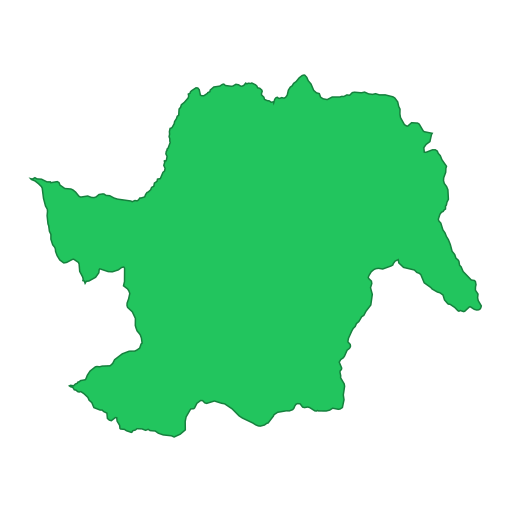 outline of Santa Cruz, Cajamarca, Peru
{"feature_id": "86281439B67227592108094", "entity_name": "Santa Cruz", "entity_type": "district", "adm_level": 2, "iso_a3": "PER", "parent_name": "Peru", "parent_adm1": "Cajamarca", "projection": "natural_earth1", "projection_center": [-79.012, -6.689], "detail": "fine", "context": "isolated", "style": "filled", "palette": "green", "viewbox_px": 512, "rotation_deg": 0, "n_neighbors": 0, "source": "geoboundaries", "source_scale": "gbopen_adm2", "svg_char_len": 5954}
<svg xmlns="http://www.w3.org/2000/svg" viewBox="0 0 512 512"><path d="M69.4,385.9L70.5,386.7L72.8,387.4L74.3,389.8L75.9,390.1L77.8,391.7L79.3,392.0L80.9,391.6L84.1,393.8L87.9,397.4L89.1,400.2L91.8,402.6L93.9,407.6L100.0,410.0L102.2,410.1L103.6,411.5L106.9,413.1L107.4,418.4L109.3,420.1L111.3,420.7L115.3,417.6L116.7,417.7L117.1,421.1L119.6,425.3L120.0,428.5L120.6,429.0L124.5,429.4L126.4,430.7L131.3,432.4L131.9,432.2L132.8,430.7L135.4,430.0L136.9,428.7L142.0,428.9L145.6,430.3L148.2,429.3L150.1,430.6L155.2,431.0L158.3,433.2L163.2,434.9L171.5,435.8L174.1,437.0L180.2,434.2L185.3,429.9L185.2,421.4L186.1,416.9L190.3,409.6L191.0,408.9L193.7,408.7L194.6,407.9L196.9,403.3L200.6,400.5L202.6,400.6L204.7,402.8L206.6,403.4L214.4,401.0L221.7,403.3L224.6,403.8L232.2,408.9L239.1,415.9L242.3,418.0L252.8,423.0L255.8,424.9L258.3,425.9L260.4,426.1L264.5,425.0L266.8,423.3L268.1,423.0L273.4,416.1L274.0,414.7L277.6,412.3L286.3,410.8L289.3,410.9L292.6,409.7L293.8,408.4L294.9,405.8L296.1,404.2L297.5,403.6L300.1,403.8L302.6,407.1L304.5,407.6L307.8,407.0L309.7,407.6L314.9,410.9L316.6,411.0L317.4,410.5L318.4,410.9L326.2,411.0L329.7,410.1L332.7,408.2L338.4,409.3L340.1,409.0L342.4,407.5L344.0,399.8L343.3,394.9L344.6,386.3L344.2,383.9L340.6,377.8L340.7,375.6L339.9,372.0L340.2,370.8L341.4,369.5L341.7,368.1L339.2,362.1L340.8,359.5L343.3,357.8L344.5,356.1L347.1,350.2L349.4,348.4L350.2,347.1L350.5,346.1L350.2,344.4L348.0,342.0L347.9,341.3L348.5,338.2L352.0,330.5L353.3,328.3L355.2,326.5L356.4,323.6L358.8,321.6L361.7,316.7L363.8,315.4L366.0,311.2L370.8,305.0L372.3,294.4L370.5,287.7L371.8,283.5L371.4,281.1L368.7,278.5L368.2,277.5L368.9,275.6L371.2,271.8L373.8,269.6L375.8,268.7L378.5,268.3L382.7,269.0L391.0,266.0L392.8,265.0L393.3,263.6L395.1,261.1L398.2,259.6L398.8,262.9L403.5,267.4L414.4,270.0L416.8,272.4L419.2,273.3L420.8,274.6L424.2,282.8L430.8,287.5L432.1,289.0L437.3,292.0L440.0,292.8L443.0,295.0L444.5,299.9L447.6,303.5L448.3,304.1L450.1,304.3L454.8,307.5L457.9,310.7L458.9,311.2L460.3,310.5L463.6,311.6L464.7,311.3L469.5,306.8L470.2,306.7L474.2,309.3L476.7,310.0L478.8,309.8L480.3,308.8L480.9,307.5L481.3,305.9L478.2,300.6L477.6,297.8L478.0,294.1L475.4,290.2L475.5,286.9L476.0,284.7L475.4,281.5L474.4,280.5L471.3,280.0L463.1,271.5L461.1,266.8L459.6,265.3L458.9,261.3L458.2,260.1L455.9,258.1L454.7,254.5L452.1,251.3L450.3,244.5L448.4,239.7L446.4,236.5L445.0,232.9L442.9,229.9L440.8,223.1L438.9,221.0L438.3,219.3L439.9,214.3L441.4,212.3L443.2,211.4L444.1,210.0L445.5,209.0L445.5,206.2L446.4,205.0L446.9,202.3L448.4,199.3L447.9,189.8L446.6,186.6L444.3,183.5L443.5,180.7L443.7,177.8L445.7,172.3L445.9,168.2L446.5,166.3L441.9,159.7L440.3,155.7L438.2,153.3L437.3,151.1L435.3,149.8L432.5,149.8L426.0,152.3L424.3,152.2L423.8,147.7L426.1,144.4L429.9,141.6L431.5,134.5L432.2,133.3L424.2,131.7L423.2,130.9L419.2,124.1L417.6,123.1L411.6,122.7L407.7,126.1L406.8,126.1L404.4,124.6L400.5,117.6L399.9,114.0L400.0,109.1L398.7,106.5L397.7,101.9L394.8,98.0L392.9,96.8L385.3,94.9L379.4,94.9L375.6,93.7L372.6,94.4L368.6,93.9L364.6,92.1L361.4,92.8L354.5,92.2L352.3,92.6L349.6,95.3L346.9,94.9L343.9,96.5L341.6,96.4L339.9,97.0L332.2,97.0L327.2,99.6L323.1,98.8L320.6,97.2L319.3,93.6L316.4,92.8L313.7,90.4L311.0,84.0L308.2,80.7L306.8,77.4L304.8,75.2L304.1,75.0L302.2,75.5L299.2,77.8L296.1,81.6L293.6,83.4L292.2,85.8L290.3,87.1L288.4,90.1L287.2,95.2L285.6,97.3L284.1,98.2L281.7,97.6L279.7,98.4L278.5,98.3L277.4,97.3L276.6,97.5L275.7,98.0L274.7,99.4L273.7,102.9L273.4,101.8L271.2,102.3L269.3,100.9L267.2,100.6L264.5,99.4L263.9,97.2L261.6,95.0L261.5,93.5L262.2,91.3L261.8,90.1L259.8,88.3L257.6,87.8L256.9,86.1L255.5,84.8L251.8,83.0L250.8,83.5L248.5,83.2L246.8,83.8L245.7,83.1L243.9,85.3L241.9,86.3L240.4,86.0L238.6,84.8L235.9,84.3L232.8,86.1L231.4,86.3L225.4,85.5L223.8,84.1L222.4,84.4L219.8,86.1L213.8,87.0L210.2,90.1L209.9,91.7L207.8,92.6L207.4,93.4L203.7,95.8L201.5,95.7L200.4,95.1L199.2,89.7L197.8,88.0L196.0,87.8L191.6,90.7L190.5,91.8L190.0,93.3L188.3,94.1L188.7,96.1L188.1,98.0L184.3,102.4L181.4,104.7L180.6,107.3L179.1,109.0L178.7,115.2L177.2,116.3L176.5,118.6L174.6,121.5L174.2,123.7L172.2,127.3L171.5,128.0L170.1,128.4L169.4,131.6L169.6,134.2L169.1,136.7L169.8,138.7L169.8,141.1L170.2,142.5L168.1,148.1L167.0,149.2L167.1,150.3L166.3,151.3L165.9,153.9L167.1,156.4L166.4,160.0L165.8,161.0L164.9,160.7L164.3,161.0L164.7,162.3L163.8,165.4L165.1,168.4L164.5,171.1L163.0,172.3L160.3,178.6L157.5,179.1L157.0,181.3L154.4,183.1L153.8,186.3L151.6,187.4L150.6,189.9L148.2,192.0L147.0,192.5L145.6,194.5L144.7,196.9L140.8,198.1L140.0,197.9L138.3,200.1L137.0,200.9L135.0,200.5L132.2,201.7L130.8,201.0L117.4,199.1L114.0,198.0L109.7,195.7L105.9,195.4L104.2,194.1L103.0,193.9L99.0,194.5L96.0,197.0L94.0,197.6L91.3,197.4L87.7,196.0L80.7,197.1L79.0,196.3L75.6,192.1L72.9,189.9L70.9,189.0L64.8,188.5L60.0,185.1L59.0,182.6L57.3,181.6L50.8,182.7L50.4,181.9L47.0,181.9L41.5,179.2L37.0,178.9L34.9,177.7L32.3,179.1L30.7,178.7L31.4,179.5L34.9,180.9L38.5,183.7L41.4,186.6L42.2,188.1L43.5,198.3L45.5,206.0L47.3,209.2L47.5,211.3L47.1,215.7L48.0,224.0L48.7,225.8L49.4,231.2L50.9,234.4L50.9,239.2L52.7,244.8L54.6,247.2L55.3,248.7L55.6,251.5L57.1,255.6L59.8,260.0L63.7,262.9L64.7,262.8L66.7,262.4L72.4,259.4L73.7,259.2L78.4,262.4L79.1,264.0L79.7,271.4L82.6,276.9L83.2,279.1L82.9,280.6L84.3,281.0L85.1,283.3L86.3,281.3L88.9,281.0L95.6,277.3L98.8,272.8L99.2,269.5L99.8,268.8L108.2,271.6L112.4,271.8L118.3,269.9L121.6,267.5L123.6,267.0L124.3,267.5L124.6,268.6L124.5,281.6L123.5,285.8L127.6,288.9L129.0,291.2L129.8,293.5L128.6,298.9L127.1,303.1L127.0,305.5L127.6,307.4L132.3,311.8L135.4,318.4L135.3,325.5L136.0,327.9L137.1,330.9L140.2,334.7L141.4,338.0L142.1,343.1L141.1,344.0L139.7,348.1L137.1,349.9L134.8,351.1L129.2,351.2L122.3,353.8L114.6,359.7L112.7,363.4L110.1,365.8L102.2,366.1L99.6,366.8L96.9,366.5L95.3,366.9L90.1,371.0L87.3,375.3L85.9,378.9L85.1,379.8L80.5,380.6L79.2,381.8L78.0,382.0L77.2,383.3L75.4,384.0L73.6,385.8L70.6,385.3L69.4,385.9Z" fill="#22c55e" stroke="#15803d" stroke-width="1.5"/></svg>